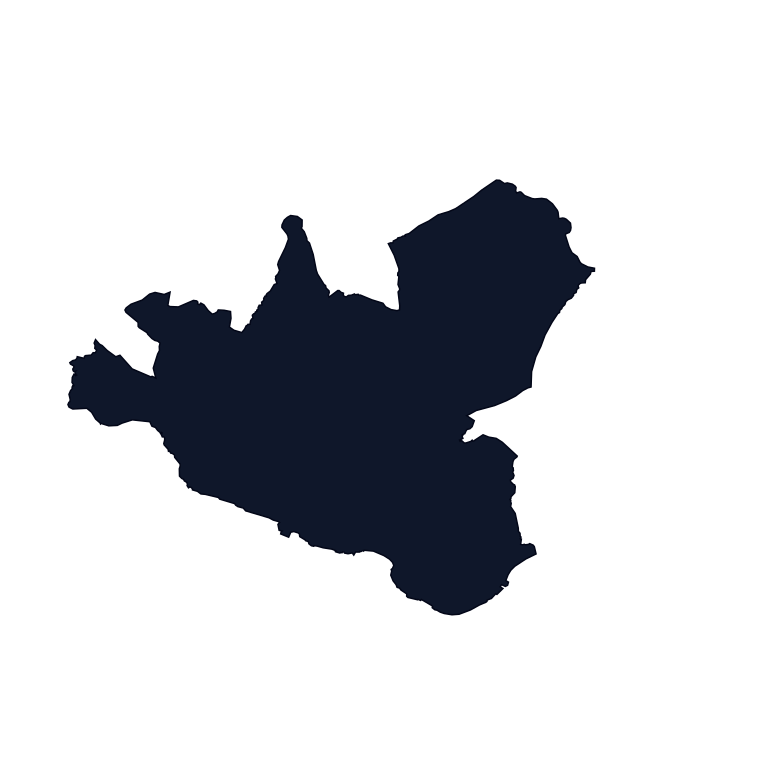 Kota Kupang, Nusa Tenggara Timur, Indonesia (Mercator projection), rotated 227°
{"feature_id": "22746128B56606429525327", "entity_name": "Kota Kupang", "entity_type": "district", "adm_level": 2, "iso_a3": "IDN", "parent_name": "Indonesia", "parent_adm1": "Nusa Tenggara Timur", "projection": "mercator", "projection_center": [123.613, -10.211], "detail": "fine", "context": "isolated", "style": "filled", "palette": "ink", "viewbox_px": 768, "rotation_deg": 227, "n_neighbors": 0, "source": "geoboundaries", "source_scale": "gbopen_adm2", "svg_char_len": 6171}
<svg xmlns="http://www.w3.org/2000/svg" viewBox="0 0 768 768"><g transform="rotate(227 384 384)"><path d="M156.0,379.3L162.5,383.0L164.4,383.2L167.9,381.7L168.2,380.2L170.1,377.6L171.2,377.2L171.7,375.8L173.5,374.5L176.9,378.7L177.9,378.2L178.6,379.8L179.8,379.8L182.1,381.7L184.6,381.8L187.0,383.9L199.9,391.7L208.0,393.0L209.9,395.6L212.3,396.8L212.5,397.5L213.7,397.5L213.9,399.0L214.9,399.9L215.3,405.5L219.4,410.0L221.2,410.7L222.0,410.2L226.1,410.0L227.6,410.9L227.0,414.1L228.4,416.7L232.0,418.1L232.3,419.5L234.6,421.3L236.0,421.3L239.3,425.4L240.3,427.7L240.0,431.4L240.4,432.3L260.7,430.8L267.7,429.0L273.7,424.4L279.3,421.8L281.2,410.7L281.9,409.8L282.8,410.1L282.8,408.3L285.0,403.7L286.0,402.5L289.5,402.2L290.2,400.6L291.5,401.0L290.4,404.6L292.8,405.6L292.7,406.5L293.5,406.7L292.6,409.2L293.9,412.3L294.1,413.8L292.7,416.3L292.7,419.4L295.6,425.0L304.4,422.9L301.7,433.4L292.8,450.2L288.3,462.2L285.5,472.1L284.6,480.9L283.1,486.5L281.5,489.5L292.4,500.4L300.3,513.5L304.5,524.3L310.0,535.2L314.5,548.8L317.0,559.1L316.6,561.1L318.0,562.8L317.9,565.5L318.7,566.7L318.7,570.4L320.3,573.2L320.2,576.0L319.0,579.5L319.5,583.0L320.7,584.3L319.9,586.9L321.7,589.5L321.5,592.0L323.3,592.8L323.8,593.9L323.8,595.9L323.1,597.5L320.8,600.2L322.8,602.6L323.6,609.8L325.1,612.2L323.0,614.8L325.1,616.9L330.6,612.9L337.4,610.4L339.7,610.5L345.5,612.2L351.8,611.0L358.0,612.8L368.9,618.0L369.9,619.3L368.5,622.8L369.1,625.1L370.8,627.4L374.5,630.1L380.1,629.7L382.0,629.0L383.5,627.9L385.7,624.6L391.0,628.5L392.9,629.2L400.9,630.1L408.4,628.9L412.2,625.9L416.5,620.5L418.6,618.8L425.9,615.3L430.7,615.1L431.8,614.5L433.3,611.3L435.4,611.9L437.6,614.6L439.2,614.9L442.6,614.2L447.0,611.3L448.4,608.8L454.1,607.5L456.5,605.2L459.2,587.7L459.9,577.5L463.4,556.0L465.9,548.9L470.8,539.0L472.6,528.0L475.8,517.3L476.9,505.1L478.6,501.5L478.5,500.0L478.0,500.0L479.3,498.7L479.7,496.6L481.4,493.8L481.0,492.4L482.2,488.3L481.1,486.8L482.8,485.0L483.7,482.9L471.3,479.3L458.2,473.6L456.1,471.7L455.8,469.9L454.1,468.1L452.6,468.3L447.2,462.1L443.1,460.5L442.1,459.5L441.7,457.1L430.5,448.9L427.6,445.9L428.8,443.5L433.6,439.9L439.4,437.8L443.8,438.3L453.7,432.6L465.1,427.4L466.4,426.0L467.2,426.3L468.9,423.8L470.0,423.8L471.2,420.7L473.1,418.4L473.4,415.8L475.1,414.7L476.7,414.8L478.1,416.3L480.4,415.1L483.0,414.9L483.9,413.9L485.0,403.1L486.9,403.9L488.3,406.4L489.7,407.3L493.7,407.1L495.9,408.4L497.6,408.0L509.7,410.4L513.3,412.0L527.1,420.6L537.9,425.6L541.4,425.4L543.2,426.9L549.7,429.5L554.4,429.8L555.0,431.4L559.8,436.0L565.6,434.9L570.9,430.6L571.8,427.0L571.9,422.9L569.9,417.9L568.2,416.1L560.1,415.4L558.0,414.8L555.1,412.9L551.0,404.8L545.5,390.5L543.8,387.7L538.3,385.1L536.8,381.5L536.6,378.1L535.4,377.3L534.9,376.2L530.4,374.3L531.6,371.5L529.5,364.2L529.9,360.1L529.4,358.4L528.5,358.0L529.4,356.9L528.7,354.4L527.8,353.9L527.1,352.3L527.3,350.3L525.0,348.7L526.7,346.4L525.8,344.1L524.4,342.8L524.8,341.3L523.7,340.5L524.4,339.1L523.7,337.7L524.2,336.5L524.1,334.6L521.4,333.0L521.8,331.5L521.2,329.5L519.0,326.7L520.4,325.2L520.1,323.9L520.6,323.1L519.2,319.4L518.6,315.1L525.7,310.9L531.1,309.8L536.4,316.9L541.7,321.2L546.9,317.4L551.2,313.3L550.5,311.2L551.1,308.2L552.3,306.0L557.6,305.5L564.7,306.3L568.1,305.2L567.8,303.3L569.7,302.3L570.9,303.7L572.5,303.7L575.1,301.6L580.6,286.2L586.7,280.2L588.9,279.5L597.1,290.2L599.4,284.3L607.1,279.0L609.6,273.9L610.3,264.4L614.9,253.4L615.5,247.4L614.8,245.0L612.4,244.2L596.8,246.2L593.8,243.5L592.1,243.4L583.2,245.7L581.6,245.2L575.6,245.3L572.2,246.1L569.5,247.8L566.6,248.1L564.7,245.2L561.6,242.6L560.3,238.9L553.0,226.1L544.0,221.2L547.8,219.6L548.0,218.4L566.8,210.1L585.1,210.5L586.9,206.4L597.3,204.4L604.3,204.1L607.1,203.1L613.2,203.3L611.6,199.9L609.2,199.0L607.3,196.8L604.8,197.0L603.7,194.3L605.3,192.6L604.8,189.6L608.3,185.1L608.5,183.9L607.3,182.2L613.2,178.3L612.2,176.9L612.0,174.8L613.4,172.3L613.9,168.8L612.4,168.3L608.8,169.4L607.7,168.6L607.2,166.6L605.7,165.7L604.6,165.7L603.6,167.3L603.5,166.2L602.5,165.5L600.1,165.3L600.3,164.2L602.6,163.9L601.4,160.5L597.9,156.9L594.5,156.3L594.2,155.8L595.0,155.2L594.4,153.7L593.3,153.0L592.9,150.2L591.3,146.6L586.6,143.9L585.3,142.2L585.5,141.0L584.5,138.8L581.9,137.9L578.0,139.3L568.9,150.1L562.7,150.9L555.0,149.2L549.1,149.8L548.1,149.4L548.1,150.2L541.1,154.2L535.6,160.7L534.0,165.8L529.4,175.5L516.1,187.0L511.4,185.5L508.1,187.2L504.4,186.8L501.3,187.2L500.2,186.8L500.4,188.2L499.7,188.4L498.3,186.4L496.5,185.8L495.8,186.8L494.4,186.9L492.7,185.5L490.7,182.4L489.4,181.7L483.5,181.6L481.8,180.5L481.4,181.4L478.9,180.9L477.6,181.8L475.1,182.4L473.1,180.9L464.6,180.3L463.1,179.1L461.6,176.5L456.1,171.6L452.9,171.7L450.9,172.4L449.3,171.9L446.5,172.7L444.6,171.7L444.0,170.7L441.4,170.2L441.1,171.8L440.0,172.4L438.0,172.4L437.2,171.7L432.7,174.4L428.5,175.1L425.1,178.1L414.7,185.0L413.8,185.5L411.9,185.3L398.4,193.2L396.6,192.9L394.0,193.5L389.2,196.5L385.6,196.3L364.5,208.7L360.0,210.2L355.5,212.9L353.9,213.2L353.7,210.7L348.5,207.5L345.9,209.3L345.9,207.8L344.8,206.2L337.0,209.8L339.2,214.7L337.6,217.4L333.6,219.7L332.2,219.9L329.8,218.3L323.8,220.0L322.9,219.8L320.4,221.2L318.3,220.1L315.2,220.6L313.2,222.0L313.4,222.7L311.0,224.6L305.7,227.8L298.7,233.3L295.7,234.7L295.0,234.4L295.2,234.9L294.4,235.2L293.4,234.7L290.4,236.5L290.4,237.4L289.2,238.2L289.5,239.4L288.3,240.1L287.3,239.8L284.4,241.9L282.2,245.4L280.7,245.8L280.5,245.3L279.5,245.2L280.5,248.6L277.9,251.4L278.2,252.2L277.3,252.6L276.5,255.2L275.7,255.2L275.7,256.3L269.0,262.3L258.6,266.9L252.1,268.6L247.8,268.6L244.6,267.4L243.3,264.3L243.5,262.8L241.9,262.0L239.6,258.6L233.8,256.4L229.0,256.0L226.4,254.9L224.1,256.2L221.7,255.9L215.0,257.5L213.3,255.8L211.6,255.9L203.3,261.4L203.3,262.0L200.7,263.2L200.9,264.4L189.5,267.8L188.1,267.8L187.5,266.7L184.2,267.2L182.4,268.5L178.9,269.5L175.1,271.5L168.9,276.3L164.4,281.9L159.8,293.1L157.3,303.1L154.9,309.7L154.8,311.0L155.6,312.2L153.9,316.3L154.4,322.6L153.1,323.1L153.3,331.5L156.4,330.7L157.1,333.1L153.2,334.7L152.5,337.1L154.2,339.9L157.2,339.0L157.6,339.9L159.9,344.7L161.3,349.7L161.5,355.4L159.3,368.5L156.0,379.3Z" fill="#0f172a" stroke="#020617" stroke-width="1.5"/></g></svg>